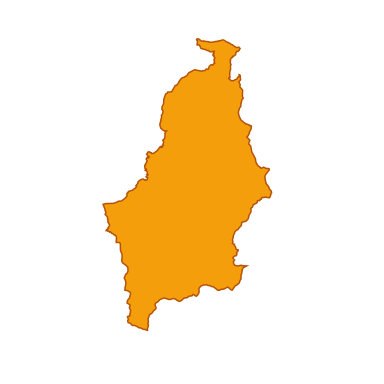 the district of Pasto, Nariño, Colombia, rotated 40°
{"feature_id": "7082276B828212266438", "entity_name": "Pasto", "entity_type": "district", "adm_level": 2, "iso_a3": "COL", "parent_name": "Colombia", "parent_adm1": "Nariño", "projection": "mercator", "projection_center": [-77.263, 1.088], "detail": "fine", "context": "isolated", "style": "filled", "palette": "amber", "viewbox_px": 384, "rotation_deg": 40, "n_neighbors": 0, "source": "geoboundaries", "source_scale": "gbopen_adm2", "svg_char_len": 6047}
<svg xmlns="http://www.w3.org/2000/svg" viewBox="0 0 384 384"><g transform="rotate(40 192 192)"><path d="M168.6,85.7L165.3,81.4L161.1,80.7L159.9,78.8L157.1,77.6L157.1,74.8L155.4,73.3L154.2,71.9L153.5,71.6L152.7,71.8L153.5,73.1L153.4,75.5L153.8,76.2L152.1,80.2L150.5,81.5L147.1,81.5L146.9,81.1L147.6,80.0L144.9,77.3L143.6,75.3L142.7,73.2L140.4,70.7L139.9,69.2L138.6,68.7L137.6,67.6L136.9,66.3L136.4,66.2L136.1,65.4L136.1,63.6L136.5,63.2L136.4,62.5L135.9,62.0L136.6,61.2L137.1,59.6L137.0,58.5L136.3,57.6L135.8,55.6L136.9,54.8L136.7,54.2L137.1,53.6L136.5,51.1L136.0,51.3L134.8,50.9L133.6,52.5L131.7,53.1L127.9,53.3L126.5,53.9L125.5,53.7L124.5,54.1L123.7,54.0L122.7,54.7L118.5,55.2L117.0,56.7L116.5,57.8L115.5,58.8L115.2,59.8L114.6,59.9L114.0,61.1L113.3,61.5L112.2,63.2L109.1,66.2L108.7,66.1L108.0,66.3L105.0,68.3L103.7,68.8L103.4,69.5L102.5,70.2L98.6,70.5L97.3,71.7L97.6,72.4L98.4,72.8L98.9,72.5L99.2,72.7L101.2,76.0L101.6,76.0L102.7,74.8L104.0,75.0L106.6,76.3L111.6,73.9L112.8,73.9L113.4,73.2L115.6,73.0L116.9,72.1L118.5,69.9L119.0,71.5L119.6,71.5L119.5,72.8L119.7,73.5L119.4,73.8L120.8,73.3L121.3,72.7L121.0,74.0L123.4,74.5L123.7,76.5L125.2,77.3L125.4,78.3L126.6,78.7L126.1,80.6L126.4,81.4L125.0,82.0L124.6,83.0L124.4,84.3L125.5,87.6L123.9,88.6L123.8,90.4L123.4,91.2L122.3,92.1L121.8,93.2L115.4,96.7L112.9,102.7L113.2,106.2L112.2,109.1L111.2,110.7L110.8,111.9L111.0,115.5L111.5,117.1L111.6,119.1L111.5,120.4L110.7,121.1L111.9,128.0L111.4,129.0L109.1,131.1L109.4,132.5L108.8,133.8L110.8,139.1L113.6,142.8L114.2,145.8L115.8,148.1L117.3,148.3L118.6,149.7L119.1,151.0L119.4,153.2L120.8,154.4L121.5,156.4L122.5,157.6L122.8,158.8L124.2,161.3L127.1,163.2L129.6,163.3L131.9,162.9L132.6,162.0L133.2,161.7L133.0,162.5L133.5,164.4L134.5,165.4L136.3,167.8L136.4,169.0L136.8,169.6L136.3,171.0L136.7,171.4L137.7,171.6L138.6,172.6L139.3,174.8L140.1,174.7L140.1,176.7L140.4,177.1L139.2,178.1L138.9,177.1L138.5,177.6L138.9,178.4L138.5,178.8L138.8,182.5L137.7,187.2L136.5,188.3L135.5,188.1L134.9,188.6L133.9,188.5L132.8,189.2L132.6,189.8L133.0,192.3L133.7,192.2L135.1,193.1L135.9,192.5L136.6,192.7L136.9,193.9L135.6,194.5L135.4,195.4L135.7,196.2L137.7,197.0L137.6,197.3L138.4,199.6L138.3,200.5L139.0,201.3L138.7,201.7L138.9,202.3L140.5,203.9L141.2,203.9L141.3,204.4L142.1,204.6L142.2,205.3L142.6,205.0L142.7,204.2L143.3,204.8L143.2,205.3L144.8,205.4L145.7,206.2L146.1,206.7L146.0,207.4L147.1,207.0L147.3,208.0L146.9,208.9L147.0,209.8L147.6,210.0L148.7,209.5L149.7,211.1L149.5,211.9L148.9,212.6L148.5,212.6L148.3,213.2L146.2,213.5L145.2,214.8L144.4,216.9L144.2,219.2L144.9,219.9L145.0,223.3L145.9,223.3L146.2,224.6L145.1,229.2L142.9,232.5L143.5,233.5L143.1,234.0L143.3,235.3L144.8,236.7L144.6,237.3L144.9,238.9L143.9,243.6L143.3,244.9L141.8,246.0L140.7,248.6L139.0,251.3L133.3,256.4L131.8,258.6L136.0,260.9L137.8,262.3L138.9,262.6L139.4,263.3L139.8,265.0L143.0,265.4L144.1,266.1L144.5,266.9L146.3,268.0L146.7,269.0L150.2,270.3L150.5,271.1L150.5,272.1L151.0,272.9L150.7,273.8L151.3,273.9L151.3,275.0L150.7,276.1L151.1,276.8L151.9,276.0L152.7,276.2L153.9,275.5L154.7,275.7L155.1,274.9L157.3,275.3L158.2,274.7L160.2,274.9L161.1,274.3L162.3,274.6L164.2,276.3L165.4,278.3L166.4,279.3L168.5,277.6L170.2,277.5L174.7,282.7L178.4,284.7L181.0,287.7L181.6,289.0L183.2,290.4L184.7,290.9L188.7,290.6L191.2,290.9L193.8,293.7L194.5,296.2L194.1,297.7L195.4,301.5L197.6,302.4L199.9,304.1L200.5,305.4L201.5,306.5L201.8,307.9L202.9,309.1L203.2,309.9L203.8,310.4L205.9,309.1L208.9,308.6L209.7,308.9L210.6,309.9L212.2,313.4L212.3,316.5L213.6,318.8L216.9,318.3L217.8,319.1L218.1,320.5L218.5,321.0L221.2,322.1L221.7,323.4L222.4,324.0L222.8,325.6L223.9,326.5L223.8,327.6L223.0,328.1L222.7,328.9L223.2,329.5L224.8,330.0L225.6,332.1L227.1,333.1L229.0,332.2L232.0,332.6L234.0,331.0L236.9,330.3L238.5,330.2L239.9,329.2L243.2,328.4L245.0,327.1L245.8,327.1L246.8,326.6L245.9,325.6L244.2,321.9L242.7,321.2L242.4,319.9L240.0,317.6L238.4,313.6L239.2,310.1L238.9,307.9L239.4,304.9L238.8,303.6L237.1,302.8L235.8,301.7L235.6,300.1L236.4,298.4L236.6,295.1L238.3,291.7L239.0,291.0L243.5,289.1L244.9,287.8L245.4,286.5L246.1,285.7L247.6,284.8L250.7,284.5L252.5,284.0L253.0,283.4L253.7,281.8L254.0,278.9L254.9,277.3L256.1,276.3L256.9,273.3L257.9,272.6L258.7,271.5L258.6,269.9L259.5,269.5L261.0,269.5L262.3,269.0L262.4,268.6L262.5,266.9L261.9,264.3L259.6,261.8L259.3,261.0L259.2,258.5L260.6,256.0L262.5,253.9L264.7,253.1L266.0,252.1L268.1,251.7L268.9,251.1L270.3,250.8L274.6,250.7L275.5,250.3L276.2,249.6L276.9,247.8L278.7,246.1L280.3,242.1L281.5,241.7L284.8,241.9L285.9,241.3L285.4,235.9L286.1,234.6L286.7,231.3L285.7,229.1L285.4,227.1L283.1,224.3L282.2,222.0L280.3,219.0L280.0,216.9L281.4,213.5L278.4,215.7L276.7,216.6L275.8,217.5L275.1,218.9L271.9,220.7L270.1,220.2L268.5,218.8L268.5,217.3L268.3,216.7L266.1,216.5L265.5,216.0L265.7,213.8L266.7,212.5L266.7,211.4L266.3,210.7L265.2,210.1L265.2,208.0L264.8,206.8L264.4,206.6L263.4,207.4L262.6,207.5L260.4,206.0L259.0,205.7L258.2,204.8L256.1,205.5L255.3,203.8L253.7,202.6L253.1,201.0L251.5,198.4L251.1,196.4L250.4,194.8L250.7,192.6L251.4,191.1L251.1,189.7L251.3,186.4L251.0,185.4L249.7,183.5L250.4,182.0L252.1,179.8L252.3,176.9L252.0,175.7L250.7,173.3L250.0,169.4L248.7,167.7L247.5,166.8L248.0,165.1L247.8,163.9L247.1,162.9L247.1,162.5L248.6,159.0L248.7,158.2L247.8,156.7L248.2,155.9L249.3,155.3L249.1,153.6L249.7,153.1L249.2,152.1L249.4,150.9L250.5,150.2L251.2,149.0L255.0,146.7L254.8,145.0L253.4,142.1L253.6,141.6L252.1,140.3L249.7,140.0L247.3,138.7L243.2,137.8L239.5,134.9L237.8,133.1L237.2,131.2L237.0,125.5L236.4,124.7L235.4,124.9L233.7,126.3L231.0,126.9L229.8,129.2L229.3,129.5L228.0,129.2L226.6,129.4L224.9,129.3L221.8,128.1L219.1,125.7L211.9,122.8L207.4,119.0L204.7,118.8L203.8,117.4L203.1,115.2L198.7,114.6L198.8,113.1L198.2,110.1L197.5,109.3L196.8,105.8L195.1,103.3L194.6,103.3L193.9,104.0L192.9,103.7L192.1,104.3L190.2,104.7L189.6,105.2L187.3,105.4L182.8,105.3L179.2,103.5L177.0,101.9L176.1,100.8L174.5,97.3L174.4,95.2L172.8,92.9L170.9,89.2L171.0,87.5L170.7,87.0L169.8,86.8L168.6,85.7Z" fill="#f59e0b" stroke="#b45309" stroke-width="1.5"/></g></svg>